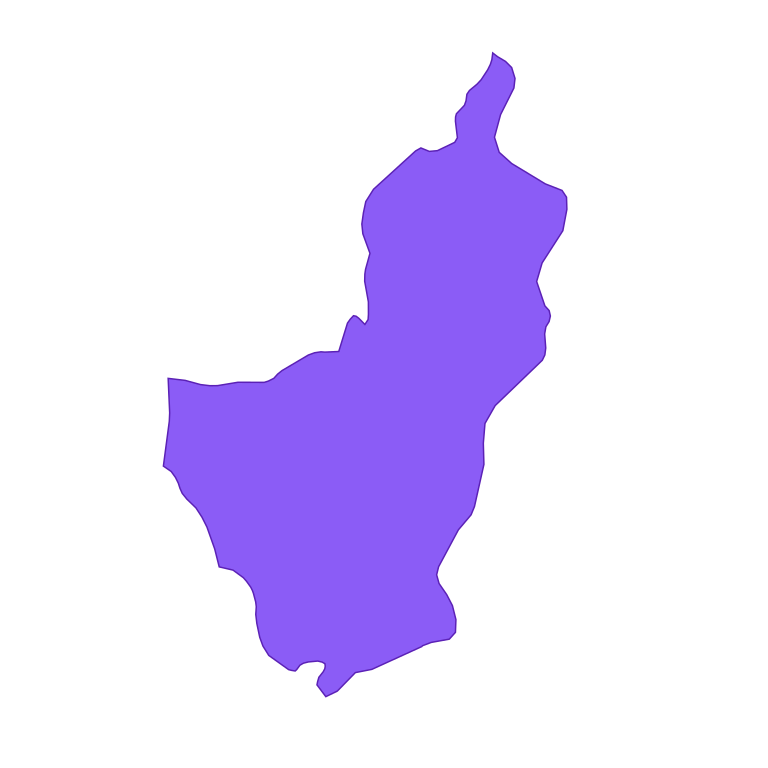 an SVG outline of Kunar, rotated 340°
{"feature_id": "AFG-1762", "entity_name": "Kunar", "entity_type": "Province", "adm_level": 1, "iso_a3": "AFG", "parent_name": "Afghanistan", "parent_adm1": "", "projection": "equal_earth", "projection_center": [71.083, 34.998], "detail": "fine", "context": "isolated", "style": "filled", "palette": "violet", "viewbox_px": 768, "rotation_deg": 340, "n_neighbors": 0, "source": "natural_earth", "source_scale": "10m", "svg_char_len": 1923}
<svg xmlns="http://www.w3.org/2000/svg" viewBox="0 0 768 768"><g transform="rotate(340 384 384)"><path d="M534.4,418.7L481.1,442.3L465.4,455.6L457.1,473.6L450.4,493.7L427.1,530.1L421.1,536.7L404.0,546.5L372.8,574.4L368.2,581.3L367.5,590.3L370.9,603.4L372.5,615.6L371.0,630.0L366.2,641.8L358.1,646.1L340.1,643.0L330.7,643.1L329.6,643.7L329.0,643.7L275.0,648.0L258.4,645.4L235.1,656.6L222.4,657.9L218.1,643.8L219.8,641.0L222.5,637.3L228.5,633.6L231.0,631.3L232.3,629.0L232.8,626.6L230.8,624.2L227.0,621.7L217.8,619.3L212.8,618.8L208.8,619.5L204.3,622.5L202.4,623.3L199.2,621.5L196.7,619.8L182.9,599.7L180.6,588.8L180.6,579.5L182.6,565.5L184.7,556.7L187.8,549.6L188.9,544.9L189.7,536.1L189.7,533.0L189.3,529.4L187.3,522.3L185.6,517.9L178.4,507.2L166.6,499.5L168.5,481.1L168.7,457.9L167.4,446.9L164.9,436.1L159.4,424.8L157.0,417.8L156.6,412.2L156.8,406.8L156.1,400.5L154.1,393.4L148.6,385.7L169.5,345.6L172.7,337.9L183.1,304.9L198.4,312.6L211.4,321.8L219.9,326.1L227.0,328.6L247.3,332.4L272.0,341.5L276.4,341.7L282.4,341.0L287.5,338.3L292.8,336.5L322.8,330.9L329.5,330.9L335.8,332.2L339.3,333.8L352.6,338.0L370.5,314.3L374.4,311.6L378.7,309.4L381.0,310.8L382.8,313.6L386.4,321.5L391.1,318.0L393.2,313.2L397.4,301.5L401.0,280.8L403.6,274.2L405.9,269.9L415.5,256.4L415.5,235.6L417.9,226.1L423.2,216.1L429.3,206.3L440.8,197.4L493.4,175.8L499.4,174.8L506.1,180.9L514.0,183.0L533.1,181.1L537.2,177.7L541.0,161.5L542.6,157.5L544.5,154.8L554.9,149.6L557.9,146.0L561.0,140.1L564.7,137.4L573.9,134.1L579.4,131.3L588.9,124.2L593.3,120.0L596.3,116.1L599.4,110.1L602.6,115.2L608.5,122.4L612.2,130.3L611.6,141.7L607.3,150.3L585.7,170.7L572.2,189.9L571.5,205.7L579.4,220.5L604.0,251.1L617.5,263.0L619.4,270.9L615.6,282.4L604.5,301.1L574.0,324.3L562.5,339.9L561.9,365.6L564.3,371.5L563.6,377.0L560.5,381.8L555.7,385.6L552.1,391.9L548.3,405.5L545.1,411.7L540.9,415.8L534.4,418.7Z" fill="#8b5cf6" stroke="#5b21b6" stroke-width="1.5"/></g></svg>